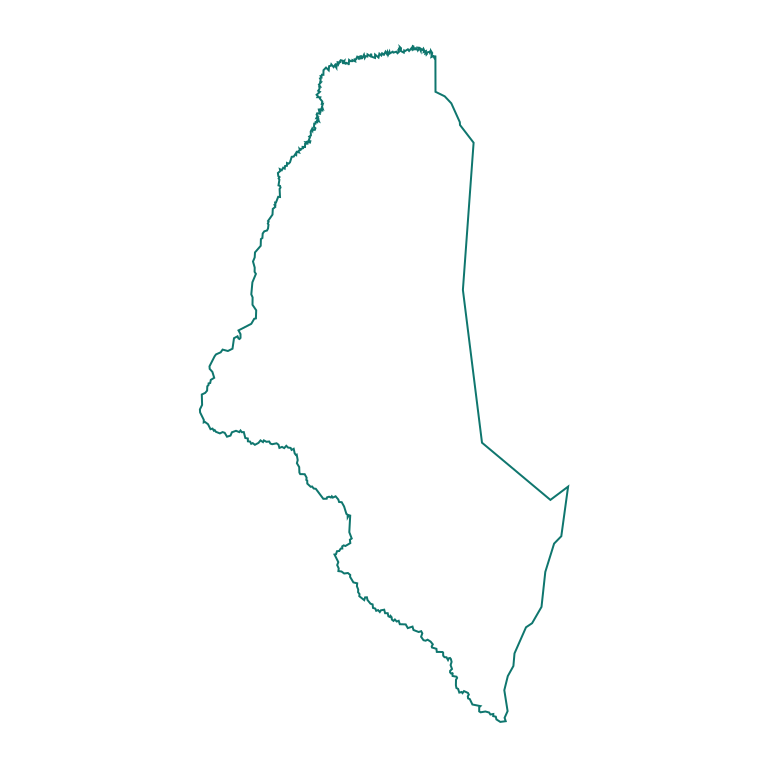 Raga, Western Bahr el Ghazal, South Sudan (Equal Earth projection)
{"feature_id": "79223893B70929244954658", "entity_name": "Raga", "entity_type": "district", "adm_level": 2, "iso_a3": "SSD", "parent_name": "South Sudan", "parent_adm1": "Western Bahr el Ghazal", "projection": "equal_earth", "projection_center": [25.202, 8.544], "detail": "fine", "context": "isolated", "style": "outline", "palette": "teal", "viewbox_px": 768, "rotation_deg": 0, "n_neighbors": 0, "source": "geoboundaries", "source_scale": "gbopen_adm2", "svg_char_len": 5988}
<svg xmlns="http://www.w3.org/2000/svg" viewBox="0 0 768 768"><path d="M482.0,442.7L462.9,289.9L473.6,142.7L460.0,125.0L459.8,122.1L451.3,103.3L444.7,96.3L435.5,91.8L435.4,55.6L434.4,58.0L433.4,56.1L431.4,57.0L432.2,53.0L430.9,50.9L430.8,52.3L430.0,51.8L429.8,52.7L429.4,51.9L426.6,52.5L426.9,53.9L426.4,54.5L426.0,52.7L425.4,53.1L425.8,51.1L423.9,51.9L424.3,50.7L423.4,48.7L422.6,50.0L421.0,48.9L420.8,50.9L419.4,47.8L418.4,47.7L419.3,48.7L418.0,50.3L417.8,49.3L416.4,49.5L415.8,47.4L415.9,48.9L413.3,49.6L414.0,48.2L413.1,48.2L413.4,46.4L412.8,46.1L412.0,49.0L411.5,48.1L409.1,50.9L407.9,49.3L405.0,51.1L404.2,50.5L403.8,52.6L400.8,51.0L401.0,48.2L400.0,47.2L400.3,48.4L399.0,48.5L399.2,49.7L398.3,50.1L398.9,51.9L397.5,53.2L396.3,51.7L393.4,52.6L392.7,51.7L389.7,53.5L389.4,51.9L388.1,54.8L387.4,52.1L386.8,53.8L385.5,51.7L383.6,55.5L383.6,54.2L382.1,53.3L381.3,55.4L379.4,53.7L378.5,57.5L375.1,54.6L375.0,57.9L371.6,56.7L371.1,53.7L370.4,56.2L367.5,54.4L367.3,56.5L365.6,56.2L364.8,57.8L364.0,54.7L362.2,58.2L360.7,58.4L361.7,57.6L361.0,56.1L359.0,56.8L358.7,58.3L357.2,56.8L356.0,59.3L354.8,59.3L355.2,61.3L352.4,60.1L352.3,61.1L350.5,61.1L349.1,60.0L348.7,65.0L348.4,63.6L346.3,62.9L345.3,64.4L345.5,62.9L343.8,63.1L344.3,60.9L342.8,62.2L342.6,60.7L340.7,60.2L340.1,61.1L340.5,62.8L339.7,61.9L338.5,64.0L338.4,62.3L337.6,62.2L337.8,64.8L336.2,64.3L336.3,67.6L334.8,65.3L333.6,67.1L331.3,64.3L330.9,65.7L329.1,66.2L328.7,70.3L326.0,67.6L323.5,70.2L323.4,74.8L321.9,74.7L321.6,76.0L320.7,76.1L321.5,77.7L320.0,78.4L320.7,79.9L320.2,81.9L321.1,82.1L318.9,84.7L320.3,86.8L319.3,86.9L319.6,88.6L318.2,90.8L319.9,91.8L316.6,94.8L318.0,96.4L317.5,97.2L320.3,97.3L319.9,98.6L322.3,101.5L321.8,103.9L322.9,103.8L322.0,106.6L322.8,109.0L322.0,108.6L322.1,110.0L321.2,109.3L320.7,111.1L319.7,109.4L318.8,109.5L319.8,113.7L317.2,113.3L316.6,114.7L317.5,115.9L316.5,117.9L318.0,117.5L317.3,119.6L318.8,118.3L318.2,119.4L318.9,121.2L317.3,120.3L317.2,122.3L315.6,122.1L315.4,123.7L314.2,123.7L314.0,127.0L315.4,128.2L314.9,129.8L313.6,129.9L312.6,128.7L312.4,130.7L311.7,129.6L310.7,131.5L310.9,135.5L309.2,136.6L309.9,137.4L308.5,141.0L310.3,141.2L310.0,142.5L307.3,141.6L306.5,141.9L306.9,142.6L305.8,142.4L306.8,143.7L305.1,143.8L305.0,147.0L302.7,146.9L303.0,148.2L300.4,149.1L301.1,150.5L299.6,149.0L299.8,150.1L298.3,151.3L298.9,152.4L296.7,151.8L295.6,153.9L296.3,153.9L296.2,155.0L295.2,154.3L293.7,156.6L291.7,156.8L290.0,162.3L288.6,163.7L287.0,163.0L286.9,165.8L285.1,166.0L284.7,168.6L283.2,167.7L281.8,170.2L279.9,169.2L280.3,171.0L277.9,173.0L278.3,176.1L279.5,177.1L278.6,178.4L279.4,179.7L278.5,185.4L280.0,185.9L280.5,187.6L279.6,188.9L280.0,197.0L278.2,196.8L276.0,202.5L275.1,202.5L275.4,204.9L274.6,205.0L275.3,206.9L272.8,208.9L272.5,214.6L268.0,221.0L268.6,221.7L267.8,223.6L268.5,224.6L268.0,228.6L267.0,230.5L264.3,231.3L262.7,233.5L262.4,238.0L260.9,239.1L260.7,245.8L255.0,252.4L254.7,257.4L253.0,261.5L254.7,267.6L254.6,271.8L255.9,273.9L252.4,282.3L251.3,294.4L252.6,297.4L252.5,304.8L256.2,310.3L255.9,318.4L254.2,318.8L251.3,323.8L238.5,330.4L240.5,334.1L240.5,337.9L239.5,339.0L238.5,338.5L237.5,336.3L234.0,338.2L232.5,348.7L227.9,351.0L222.6,349.6L220.7,352.3L216.0,354.4L214.6,356.3L209.5,366.3L209.7,368.9L212.4,371.9L214.2,377.8L210.8,379.9L210.2,383.0L208.6,383.4L208.5,385.1L207.3,386.3L207.1,390.6L205.2,392.9L201.8,394.5L202.1,404.9L199.9,409.4L200.1,412.4L203.8,419.9L203.7,422.4L204.9,421.9L208.0,424.2L210.5,429.2L212.5,428.6L213.9,430.7L214.7,430.1L215.9,431.8L219.9,433.4L222.6,432.1L224.7,432.8L227.0,436.7L230.5,435.6L231.9,432.3L236.0,430.8L239.3,432.1L240.5,430.5L241.8,432.2L243.8,432.1L245.3,438.0L247.8,438.5L247.9,441.3L250.1,441.6L251.2,443.8L252.7,443.1L254.9,444.8L258.5,442.9L260.5,440.4L263.0,442.1L263.9,440.4L266.4,441.8L269.2,441.5L270.4,443.6L272.2,444.2L276.6,443.3L278.5,444.7L279.4,447.9L282.0,446.9L284.2,448.1L286.3,445.8L288.1,447.6L290.6,447.9L291.6,449.9L293.7,448.8L294.7,453.4L295.9,455.0L296.7,454.6L297.7,460.1L296.9,463.2L299.2,467.1L299.4,472.6L300.2,474.1L304.7,474.2L306.6,477.7L306.3,479.9L307.2,480.5L307.3,483.6L310.7,486.8L312.1,486.5L313.7,488.5L315.8,488.8L323.3,498.8L326.7,498.7L327.1,497.3L329.1,496.7L330.9,497.5L331.8,496.3L332.8,497.6L335.6,496.3L338.3,499.5L339.1,502.0L341.7,502.2L344.1,506.5L346.4,513.9L347.6,514.7L347.7,517.3L348.9,515.2L350.2,515.6L349.3,532.2L351.7,538.5L349.9,539.7L350.3,543.1L345.4,546.0L343.7,545.4L342.2,546.4L342.3,548.5L340.7,548.6L339.2,551.0L337.0,551.2L336.0,554.2L334.5,554.5L338.3,562.1L337.2,565.1L338.7,568.4L338.4,571.1L341.5,571.5L344.2,573.5L347.9,573.0L350.2,574.9L350.1,576.9L353.4,582.4L357.2,583.3L356.9,586.2L358.2,589.5L358.1,592.2L359.5,594.1L359.3,596.2L364.2,600.1L365.1,597.4L366.9,597.3L367.5,600.0L370.5,603.7L372.6,604.4L373.0,607.9L375.3,608.6L376.2,610.8L378.1,610.1L379.8,612.0L380.9,610.3L384.2,609.7L385.1,613.2L387.7,613.2L388.4,616.3L389.9,617.0L390.5,615.9L391.6,617.2L391.9,619.6L393.5,620.9L394.9,619.5L396.7,621.5L398.7,620.8L399.8,624.2L405.7,624.4L407.8,628.1L412.5,626.6L413.5,630.0L418.7,632.0L421.2,631.2L422.3,633.3L421.1,636.8L423.5,640.2L425.6,640.7L427.6,639.7L430.6,641.6L432.8,644.3L431.7,646.4L432.0,647.5L436.4,648.8L436.8,651.9L442.4,652.0L443.1,652.5L443.2,655.7L444.5,657.2L446.5,657.3L448.0,660.0L448.8,658.3L450.0,658.0L450.9,659.1L451.6,661.9L450.6,665.1L452.0,669.0L450.1,670.9L450.1,672.4L451.1,673.5L453.2,673.0L452.4,673.7L452.6,676.0L456.5,676.7L457.1,677.9L456.0,679.8L455.9,685.2L456.4,688.0L458.1,688.9L459.3,692.6L461.6,692.0L462.5,693.1L464.0,691.1L467.9,692.9L468.8,694.6L467.8,696.3L468.1,698.4L469.8,699.1L472.4,704.5L480.4,706.1L479.2,707.3L479.2,711.4L480.6,712.3L485.4,711.5L489.1,712.5L490.4,714.5L493.3,714.0L493.2,716.1L495.8,716.7L496.4,719.4L500.3,721.9L505.7,721.2L504.6,717.8L507.6,711.1L504.3,690.2L507.8,676.1L513.4,666.0L514.5,653.4L526.0,627.3L532.1,623.2L541.5,606.9L545.3,571.9L554.1,543.6L561.3,536.2L568.1,486.6L550.4,499.9L482.0,442.7Z" fill="none" stroke="#0f766e" stroke-width="2"/></svg>